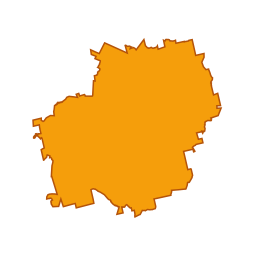 outline of Ahumada, Chihuahua, Mexico, rotated 77°
{"feature_id": "50627088B53671513789035", "entity_name": "Ahumada", "entity_type": "district", "adm_level": 2, "iso_a3": "MEX", "parent_name": "Mexico", "parent_adm1": "Chihuahua", "projection": "mercator", "projection_center": [-106.345, 30.427], "detail": "fine", "context": "isolated", "style": "filled", "palette": "amber", "viewbox_px": 256, "rotation_deg": 77, "n_neighbors": 0, "source": "geoboundaries", "source_scale": "gbopen_adm2", "svg_char_len": 5508}
<svg xmlns="http://www.w3.org/2000/svg" viewBox="0 0 256 256"><g transform="rotate(77 128 128)"><path d="M80.5,41.3L76.2,38.0L72.5,37.2L72.5,45.7L56.3,45.6L56.3,49.0L56.6,49.1L56.8,49.5L56.8,49.8L56.8,50.4L56.7,50.7L56.8,52.2L56.5,53.1L56.7,53.7L56.3,53.7L56.2,62.2L53.2,62.0L53.3,62.4L53.4,63.5L53.4,64.8L53.0,65.8L52.8,66.8L52.6,67.1L52.6,67.5L51.4,67.9L51.1,68.3L50.7,69.2L50.7,70.0L50.4,70.4L50.3,71.2L50.3,71.3L50.7,71.6L51.0,71.8L51.2,72.1L51.6,72.2L51.7,72.5L51.9,72.5L51.5,72.6L51.1,72.9L50.5,73.6L57.2,73.8L58.0,80.9L54.6,80.9L55.5,81.7L55.5,82.1L55.9,83.3L55.8,83.6L56.0,84.3L56.0,84.5L55.8,84.6L56.0,85.7L55.6,86.4L54.9,86.8L54.7,87.1L54.6,87.4L54.8,87.9L55.0,89.8L54.6,90.1L54.2,91.1L52.8,91.8L51.9,92.5L45.4,92.6L53.7,102.5L52.0,103.3L51.5,103.9L50.9,104.5L51.0,107.0L51.2,108.0L50.3,107.5L49.8,107.0L49.7,106.8L49.6,107.1L48.8,107.7L48.5,108.3L48.5,108.9L48.2,110.4L47.8,110.7L47.7,110.9L46.9,111.5L46.8,111.9L46.9,112.2L54.8,111.9L39.8,131.6L49.0,139.3L46.7,142.5L43.4,146.8L48.1,147.2L51.0,143.0L53.0,144.6L55.1,141.6L56.2,139.9L56.5,139.9L57.4,140.3L58.2,140.7L58.7,141.2L59.4,141.3L61.0,142.9L61.5,143.1L62.1,143.9L62.3,143.6L63.7,142.3L63.8,142.4L64.2,142.2L64.9,142.3L65.8,143.1L66.1,143.6L66.1,144.0L66.2,144.3L66.6,144.5L66.8,145.0L68.4,145.4L68.6,145.6L68.8,146.0L69.0,146.3L69.3,146.4L69.5,146.5L69.5,149.0L74.8,149.5L74.2,151.0L87.8,154.9L88.8,155.4L88.9,155.9L87.3,162.5L86.4,162.5L85.6,162.9L85.9,167.9L83.2,168.2L83.5,170.9L86.8,170.3L85.4,174.0L83.9,178.3L84.3,180.7L85.9,182.3L87.5,185.8L87.7,186.0L87.9,186.1L87.6,187.1L88.0,187.3L87.6,188.3L88.0,188.5L87.6,189.6L88.1,189.7L87.9,190.2L87.5,190.1L87.3,190.6L88.1,190.9L87.9,191.4L88.8,191.7L88.6,192.3L89.0,192.4L89.0,192.5L89.1,193.3L89.5,193.3L89.6,194.5L93.6,195.9L95.3,196.7L99.0,197.1L99.4,197.1L98.4,200.8L99.7,205.3L102.2,208.2L102.5,209.3L102.0,209.7L101.6,210.2L101.1,210.6L101.0,210.8L98.9,210.3L99.0,218.8L105.0,219.8L105.0,213.7L107.3,214.0L109.0,214.0L109.3,214.1L113.8,214.1L113.7,216.0L113.3,216.9L114.4,217.5L112.9,218.6L112.9,219.2L113.8,219.1L114.0,219.4L114.1,220.2L114.3,220.3L114.3,220.5L114.5,220.7L114.6,221.0L115.2,221.4L115.4,221.9L115.9,222.1L116.0,222.1L116.6,222.2L116.8,221.7L116.5,221.4L116.6,220.9L115.8,220.2L114.6,218.5L117.5,216.4L118.9,215.7L118.0,214.6L118.6,214.1L128.6,214.1L129.2,216.3L129.6,217.5L140.3,217.5L140.3,217.1L139.4,216.1L139.2,215.5L138.1,213.8L136.7,213.2L136.1,212.8L137.6,210.4L139.3,211.0L139.2,210.1L139.5,209.8L140.0,209.5L140.4,209.4L140.8,209.2L141.6,209.4L142.7,208.5L144.2,208.8L147.4,210.4L147.5,210.5L158.0,213.6L158.0,213.2L176.8,211.9L176.5,212.8L176.0,213.5L175.1,216.9L174.8,219.3L175.0,221.0L176.8,222.6L178.9,223.2L178.9,219.9L179.1,219.9L179.0,218.9L179.5,218.7L180.2,218.1L181.2,217.9L181.2,218.2L181.5,218.5L181.5,218.8L181.9,219.5L182.9,219.8L183.4,219.6L183.7,219.7L183.8,219.6L184.7,219.9L187.8,218.9L188.8,213.2L182.1,209.4L190.1,208.7L189.7,199.2L189.7,196.4L194.2,196.4L193.7,178.2L189.4,178.0L179.8,178.0L179.4,176.2L179.4,175.5L180.0,174.6L180.0,174.2L180.2,173.7L181.5,172.5L182.1,171.9L182.8,171.5L184.3,169.4L187.7,166.0L192.5,163.5L193.5,162.7L194.4,161.3L194.7,161.2L195.8,161.3L195.9,161.2L196.0,161.0L196.7,161.0L197.9,160.2L198.3,160.0L198.7,159.8L200.9,157.9L200.6,157.4L200.8,157.3L200.9,157.2L201.1,156.6L201.4,156.5L201.3,156.3L201.6,156.2L202.1,155.9L202.3,155.8L202.4,155.6L202.3,155.2L202.9,154.4L209.6,158.2L209.6,151.9L203.6,151.9L203.8,151.0L203.8,150.7L204.0,150.7L203.9,150.4L204.1,150.1L204.1,149.9L204.3,149.3L204.3,149.1L202.9,147.8L202.4,146.5L202.8,146.2L204.0,145.6L204.6,144.9L205.1,144.8L205.6,144.6L205.7,144.3L205.9,144.2L206.2,144.0L206.5,143.8L206.5,142.8L209.6,142.8L209.6,140.4L213.6,140.6L215.5,141.2L216.2,141.2L215.0,136.2L215.0,135.6L211.5,132.6L211.9,131.7L211.9,130.8L212.2,130.4L212.2,130.1L212.5,129.6L212.4,129.5L212.2,128.7L211.8,127.4L212.1,126.5L212.6,125.2L212.7,124.8L212.6,124.0L213.0,122.9L212.8,121.4L212.7,119.6L211.5,118.9L210.5,118.6L203.0,118.6L203.2,101.4L202.8,101.4L199.9,99.8L198.5,99.6L199.5,92.8L200.3,86.5L200.5,85.4L200.4,85.3L200.0,85.0L197.1,83.2L194.7,82.3L194.5,82.1L194.4,81.7L194.5,81.2L194.8,80.9L194.6,80.4L194.3,80.1L191.1,77.1L190.6,76.7L189.8,76.5L189.0,75.9L188.6,75.7L182.4,75.7L182.4,75.8L181.9,76.1L182.0,79.1L163.3,79.1L163.3,69.5L166.0,69.4L165.9,68.7L165.9,68.4L165.8,68.1L165.2,68.2L161.5,69.4L161.4,69.5L161.0,69.1L160.3,67.7L160.1,66.7L159.9,66.1L159.6,65.8L159.3,65.3L159.3,64.5L159.3,58.3L154.8,58.3L154.8,61.9L148.2,62.3L148.2,56.6L148.3,56.6L148.6,56.6L149.2,56.6L149.9,56.4L149.5,56.1L149.3,56.1L148.9,55.8L148.4,55.7L148.2,55.8L148.4,55.5L148.9,55.3L149.2,55.4L148.8,55.1L148.6,55.1L148.2,55.0L148.3,54.8L148.3,54.0L146.1,53.1L145.4,53.0L144.7,53.3L144.1,53.2L143.5,53.0L143.2,52.7L142.8,52.5L142.2,52.4L142.0,52.5L141.8,52.1L140.2,51.9L139.7,51.7L139.8,51.5L139.0,50.5L139.0,49.9L138.8,49.4L138.7,48.8L138.6,48.5L138.7,48.4L138.9,47.8L138.9,47.5L139.3,46.5L139.5,45.4L139.3,45.1L138.3,45.2L138.0,45.0L137.8,44.9L137.8,44.7L136.9,45.0L136.2,37.4L135.6,37.0L129.5,32.8L128.8,36.9L126.3,36.4L127.0,32.8L114.4,32.8L115.0,37.2L105.5,37.3L105.5,37.2L105.4,37.2L105.1,37.1L104.7,37.2L104.3,37.1L104.1,37.1L103.9,36.9L103.6,36.8L103.0,37.2L102.8,37.3L102.3,37.0L102.2,36.7L102.0,36.8L101.5,36.7L101.2,36.4L100.7,35.9L100.7,35.7L100.0,35.1L99.4,34.8L99.2,34.6L98.3,34.6L98.0,34.4L97.6,34.8L96.7,35.2L95.0,35.6L93.2,35.7L91.5,35.9L90.6,36.0L89.8,36.3L89.3,36.2L88.7,36.2L88.6,39.0L85.3,40.7L80.5,41.3Z" fill="#f59e0b" stroke="#b45309" stroke-width="1.5"/></g></svg>